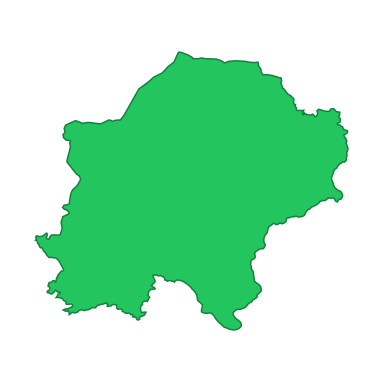 the district of Tesouro, Mato Grosso, Brazil, rotated 356°
{"feature_id": "56859067B1460135185078", "entity_name": "Tesouro", "entity_type": "district", "adm_level": 2, "iso_a3": "BRA", "parent_name": "Brazil", "parent_adm1": "Mato Grosso", "projection": "orthographic", "projection_center": [-53.481, -15.916], "detail": "fine", "context": "isolated", "style": "filled", "palette": "green", "viewbox_px": 384, "rotation_deg": 356, "n_neighbors": 0, "source": "geoboundaries", "source_scale": "gbopen_adm2", "svg_char_len": 5975}
<svg xmlns="http://www.w3.org/2000/svg" viewBox="0 0 384 384"><g transform="rotate(356 192 192)"><path d="M309.6,122.0L309.3,120.4L308.4,119.7L309.2,118.3L307.2,118.4L305.1,118.1L303.4,118.2L301.8,117.5L302.0,115.3L300.9,113.8L301.4,112.2L299.9,111.2L299.5,109.1L300.2,107.2L299.9,106.0L299.1,104.9L298.0,104.1L297.1,102.6L295.4,101.8L294.3,100.9L293.7,99.8L292.8,98.9L292.2,97.4L290.2,94.9L289.1,94.5L289.4,93.0L288.1,89.3L289.2,87.8L288.7,84.3L286.9,84.0L282.1,82.0L281.1,82.2L280.0,81.1L278.5,81.2L275.4,80.1L271.1,80.2L269.4,77.4L269.4,75.0L268.7,73.2L267.1,70.7L267.2,69.4L266.9,67.1L262.8,67.2L258.2,66.5L253.8,65.3L245.1,64.2L237.6,64.2L233.7,65.6L229.8,62.8L225.4,61.1L214.3,59.9L210.8,58.9L207.0,59.5L202.1,59.1L201.9,58.0L198.4,55.5L191.9,52.3L188.8,51.5L187.8,52.4L183.1,61.1L177.1,65.1L170.7,71.1L161.8,74.8L156.1,79.2L146.2,85.5L129.4,110.9L125.6,115.1L120.3,115.1L117.8,116.0L115.5,114.6L114.0,114.4L106.3,117.4L105.1,117.6L93.1,115.3L87.8,115.9L81.4,112.9L80.1,112.9L70.8,116.4L69.5,118.4L68.9,119.8L69.6,123.6L67.3,125.7L67.7,128.8L69.8,131.2L71.2,131.8L73.8,132.0L74.4,133.3L73.4,134.7L73.9,137.9L73.2,140.9L69.5,151.7L69.4,153.4L77.9,165.9L80.5,168.0L81.3,169.5L81.6,171.2L81.4,172.4L78.4,176.8L76.5,178.9L73.4,181.2L72.4,182.6L70.9,185.5L69.0,193.2L68.9,195.0L66.5,196.2L63.5,196.1L61.8,198.5L63.8,200.6L65.3,200.7L66.1,201.8L67.4,202.9L68.1,204.4L67.2,205.4L61.4,207.6L59.3,213.2L60.0,218.8L59.1,221.6L57.3,225.6L55.5,225.7L49.6,225.0L48.5,225.4L47.3,226.5L46.0,229.0L44.4,228.8L43.4,228.1L44.4,225.6L44.6,223.2L43.5,223.0L42.6,224.0L39.1,225.8L35.8,225.8L34.9,224.9L33.4,225.2L33.0,226.5L33.5,228.2L32.5,229.2L34.0,230.0L34.7,232.8L35.7,233.9L36.0,235.8L37.0,237.0L38.2,237.0L39.1,238.5L39.8,240.5L41.3,242.0L43.0,245.2L45.1,247.6L46.8,247.3L49.6,248.1L51.4,248.1L53.4,250.2L54.4,251.5L58.6,260.3L58.0,261.5L55.9,261.9L52.4,265.7L51.9,267.2L51.1,268.0L49.7,272.3L48.4,270.9L47.2,270.7L45.9,271.9L44.6,272.4L43.3,272.2L42.2,274.5L41.9,276.2L43.1,276.7L43.8,278.1L42.4,280.3L40.9,280.7L40.6,282.2L42.1,282.6L44.2,283.9L45.6,283.8L49.3,280.4L51.3,282.7L52.7,282.4L53.6,283.2L52.8,284.2L51.7,284.4L50.7,285.4L50.2,286.7L49.1,287.8L51.9,288.0L54.8,289.1L55.8,290.1L56.4,291.3L59.2,293.0L58.4,294.3L59.0,295.4L62.9,295.3L64.5,295.6L65.3,297.0L64.5,298.0L60.4,299.8L58.9,299.7L56.3,300.2L55.2,300.7L57.6,302.1L60.3,302.1L60.9,303.4L61.0,305.8L63.8,303.8L65.0,303.9L66.1,304.4L67.6,304.4L69.2,303.9L70.4,302.8L72.6,301.8L74.4,301.9L75.8,302.8L80.9,302.0L82.3,301.5L84.3,300.3L86.7,300.8L87.8,300.7L88.9,299.3L90.3,298.2L91.9,298.3L93.0,297.7L94.4,297.8L96.7,297.3L98.4,296.5L99.0,297.7L100.3,298.0L99.5,300.2L101.4,300.2L102.3,299.7L103.5,300.0L104.6,298.8L106.3,298.8L108.4,299.2L109.1,300.7L108.8,302.5L109.7,303.8L113.1,303.7L114.0,304.5L114.2,306.3L115.8,306.8L116.5,307.9L118.3,308.5L120.2,308.3L121.8,309.0L122.6,310.3L123.8,309.8L124.8,311.0L124.0,312.3L125.6,312.8L127.1,312.7L128.2,315.4L129.3,316.0L130.9,315.4L130.9,313.5L131.9,312.7L134.4,312.2L135.9,311.4L137.7,308.7L136.6,308.5L133.2,308.6L132.6,307.1L132.6,304.0L133.1,302.4L133.7,301.5L134.8,300.9L134.8,298.8L136.7,297.7L138.6,297.6L139.9,298.0L141.4,295.3L142.4,294.2L140.9,291.9L141.4,289.1L142.3,287.8L143.5,286.7L144.6,286.2L147.0,286.5L148.5,285.9L148.0,284.9L146.7,284.1L145.1,282.6L146.5,281.1L147.9,280.1L149.0,278.7L148.7,277.2L147.4,274.1L147.1,272.6L148.0,272.0L149.7,272.4L151.1,272.3L152.6,273.4L154.8,273.0L155.8,273.9L157.3,274.5L158.3,275.4L158.9,278.0L160.4,278.4L161.3,279.3L162.5,278.8L164.5,278.9L165.8,279.6L167.2,279.8L168.3,280.6L169.0,279.6L171.4,278.7L174.6,279.5L177.1,280.7L181.1,283.8L183.4,285.9L185.2,288.6L187.3,290.8L188.7,293.2L189.6,295.6L189.9,297.6L189.9,299.2L190.2,300.6L191.2,301.9L193.0,303.3L194.3,305.2L194.4,306.6L193.1,310.8L193.2,312.4L195.6,313.6L198.7,314.1L201.2,313.8L202.7,314.2L205.2,316.8L206.3,319.3L208.7,322.8L214.5,328.9L220.4,331.7L223.9,332.5L226.7,332.4L229.7,331.1L230.9,330.2L231.9,328.8L231.8,326.7L231.2,325.3L229.5,323.3L227.4,321.8L225.6,319.5L224.5,317.3L224.6,315.7L225.2,314.6L227.6,312.8L229.0,312.3L231.4,312.4L233.9,311.9L235.7,311.4L238.2,310.0L240.1,307.7L241.5,306.6L242.9,306.4L244.3,305.3L245.2,303.7L246.7,303.4L249.6,301.4L249.9,299.0L253.4,296.3L254.2,295.4L254.2,292.3L253.3,290.1L250.5,287.5L249.1,286.6L248.1,284.9L247.4,275.3L245.9,273.2L246.1,271.6L245.4,268.4L245.9,265.1L247.4,263.5L249.2,263.0L250.5,261.7L250.5,259.7L250.2,258.3L250.6,257.0L251.5,255.8L256.0,253.4L259.3,253.5L261.1,251.0L261.3,249.6L260.3,247.0L260.2,244.6L261.4,240.8L263.8,238.2L264.4,237.1L265.6,233.0L266.4,232.0L271.4,228.8L273.2,230.1L275.0,230.4L277.7,229.0L279.2,229.9L281.3,229.6L283.6,228.1L284.7,224.7L287.5,224.4L289.0,223.8L292.9,223.7L294.0,223.3L296.9,224.5L300.4,224.1L302.5,223.1L304.4,219.8L306.5,217.5L307.7,217.4L309.1,216.5L309.8,215.6L315.2,213.5L317.8,211.8L318.8,210.4L320.2,210.3L321.6,209.4L323.2,209.9L325.5,209.1L326.8,207.9L328.7,207.5L330.2,208.0L331.7,207.7L333.1,208.0L333.8,209.0L334.2,210.5L335.1,211.6L336.2,212.1L338.3,209.6L340.1,209.5L341.7,207.3L342.0,206.0L341.7,204.3L340.6,202.2L339.4,201.2L338.3,200.9L337.3,200.2L334.7,197.4L333.9,196.0L333.5,193.3L332.2,189.7L332.1,188.5L332.4,187.0L335.6,179.7L337.9,178.3L338.9,176.6L341.9,173.9L343.2,173.5L344.2,172.6L346.0,172.8L347.5,171.8L348.4,170.7L348.3,168.8L349.1,166.8L349.1,163.2L350.4,160.8L350.6,159.7L350.4,158.2L349.0,153.6L350.0,152.0L349.6,150.4L347.6,146.8L347.5,145.5L349.2,145.1L351.1,143.6L351.5,142.6L350.9,141.4L348.3,140.7L347.3,139.3L346.7,137.4L345.4,136.9L344.6,135.7L342.6,135.3L341.4,133.9L342.5,133.3L344.4,133.0L345.2,129.7L344.1,128.0L343.7,126.4L344.6,125.7L345.0,122.7L341.9,122.0L340.9,121.3L340.4,120.2L338.8,118.6L336.3,118.9L334.3,121.2L329.9,120.6L325.5,118.7L323.8,118.4L322.3,119.7L322.9,122.5L322.1,124.2L321.0,125.2L319.5,125.3L318.7,123.6L317.9,122.8L315.8,123.5L311.8,122.9L311.1,122.0L309.6,122.0ZM309.6,122.0L308.3,122.9L307.7,121.5L309.6,122.0Z" fill="#22c55e" stroke="#15803d" stroke-width="1.5"/></g></svg>